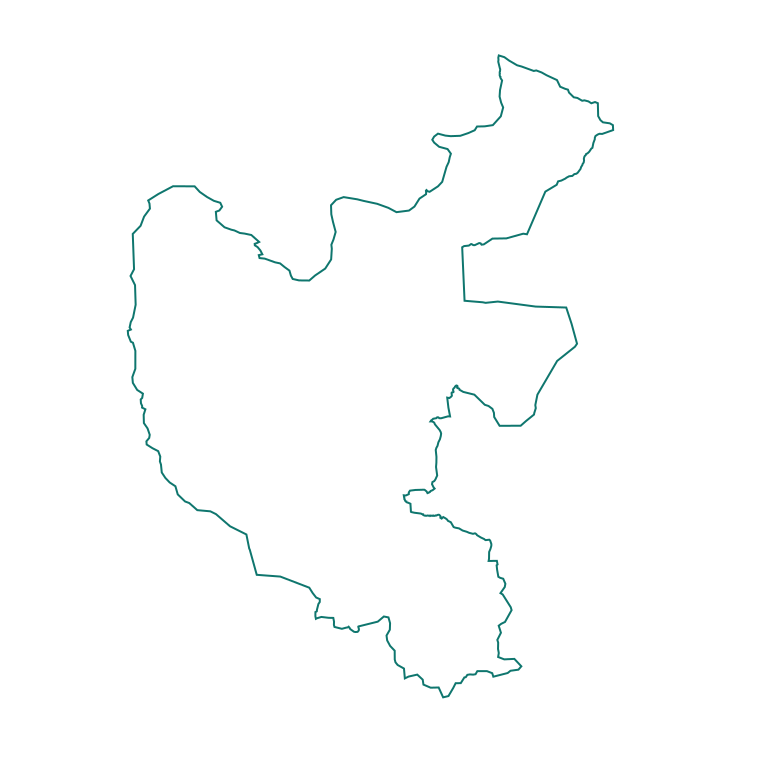 outline of Chikun, Kaduna, Nigeria, rotated 85°
{"feature_id": "59680162B24550873512487", "entity_name": "Chikun", "entity_type": "district", "adm_level": 2, "iso_a3": "NGA", "parent_name": "Nigeria", "parent_adm1": "Kaduna", "projection": "mercator", "projection_center": [7.25, 10.419], "detail": "fine", "context": "isolated", "style": "outline", "palette": "teal", "viewbox_px": 768, "rotation_deg": 85, "n_neighbors": 0, "source": "geoboundaries", "source_scale": "gbopen_adm2", "svg_char_len": 6140}
<svg xmlns="http://www.w3.org/2000/svg" viewBox="0 0 768 768"><g transform="rotate(85 384 384)"><path d="M563.0,527.4L566.8,504.1L580.4,476.2L586.0,473.3L590.8,470.2L592.7,466.7L595.6,467.0L597.4,468.5L603.1,470.5L604.5,470.7L604.7,470.9L605.2,472.2L609.3,472.6L612.0,472.3L611.5,471.1L610.6,466.7L612.1,459.5L612.6,454.9L616.4,454.5L619.6,454.9L621.7,454.5L624.2,447.3L623.4,442.8L623.3,441.3L622.7,440.4L624.0,439.5L625.2,439.0L628.2,435.5L628.6,434.0L628.6,431.9L627.4,430.7L626.6,430.4L625.6,430.4L623.6,430.8L623.3,430.6L620.2,410.9L615.6,404.4L616.9,399.9L622.8,398.8L629.3,399.6L634.8,403.4L639.7,403.2L645.5,400.7L650.6,396.6L659.4,397.3L662.3,396.8L665.1,394.9L669.2,388.9L679.1,388.9L677.6,385.0L676.4,376.2L681.9,371.2L686.9,370.9L690.6,364.0L691.1,356.0L701.3,352.4L700.5,347.0L692.8,341.5L688.3,338.7L688.7,333.6L683.3,329.5L683.2,328.1L681.0,326.3L680.8,323.7L681.3,320.5L681.1,318.1L678.2,316.1L679.0,306.5L681.5,301.4L685.1,300.6L682.7,286.0L680.7,283.0L680.3,275.0L677.2,271.8L669.2,278.1L668.8,288.2L665.9,294.1L662.0,293.1L657.9,293.5L651.6,292.8L648.8,293.4L642.0,289.2L634.8,290.8L633.1,288.1L631.6,284.2L620.4,276.6L617.4,277.2L604.0,284.1L602.5,286.2L596.8,281.4L593.6,280.5L588.4,282.2L587.2,285.2L586.0,286.9L579.0,287.5L574.4,287.6L573.7,286.6L570.0,287.0L569.4,295.2L567.2,294.6L560.5,293.9L557.7,292.4L554.6,291.2L552.8,291.0L549.2,291.9L548.3,292.7L548.4,296.3L547.8,297.2L547.2,297.7L545.4,300.8L542.7,304.5L541.9,304.9L541.0,305.8L540.7,306.4L541.0,308.4L539.7,312.1L538.4,314.5L536.8,318.5L534.4,321.8L533.3,325.6L532.6,327.1L527.5,329.5L525.9,332.2L524.5,333.0L523.2,334.4L521.7,336.6L523.1,338.3L522.2,339.5L521.5,339.4L521.2,339.1L520.4,339.4L519.2,340.3L519.0,340.9L519.1,342.2L519.6,343.1L519.4,343.9L519.8,344.9L519.5,345.8L519.6,346.0L519.3,346.5L519.6,346.9L519.3,347.8L519.4,348.4L519.2,348.8L519.5,349.5L519.1,349.7L519.1,351.2L518.8,351.8L519.0,353.7L518.7,354.2L518.7,354.9L518.0,356.3L517.6,356.6L517.2,356.5L516.9,357.6L516.3,358.5L514.9,364.9L513.9,368.1L513.6,368.3L505.6,368.1L504.3,370.4L504.1,371.2L503.5,372.0L503.0,372.0L503.0,372.4L502.2,373.1L500.9,373.4L500.7,373.7L499.4,373.6L499.3,373.8L496.6,374.0L497.0,372.1L495.9,368.9L494.1,368.7L492.5,367.4L492.3,361.9L492.8,353.2L493.1,352.6L494.8,350.9L496.5,350.2L496.1,348.7L495.6,348.2L495.6,347.7L494.7,346.9L494.0,344.8L492.6,342.7L491.3,343.6L488.0,344.9L485.9,344.3L485.1,342.4L483.7,341.2L479.8,339.0L471.2,339.4L467.1,338.7L461.2,338.1L454.2,338.2L452.2,337.4L450.3,336.1L446.8,334.9L443.9,333.1L440.9,332.0L438.4,331.4L436.8,331.7L434.7,332.6L428.6,336.8L427.2,337.2L426.3,337.9L425.4,339.6L425.3,340.9L424.3,340.1L424.0,339.4L422.9,338.0L422.6,334.8L421.8,333.9L422.0,332.7L422.9,331.9L423.1,330.1L421.8,323.0L422.1,321.0L413.1,321.9L403.1,322.2L403.7,320.1L402.4,318.1L401.6,317.4L398.9,317.5L398.4,317.2L398.2,315.6L397.6,315.4L395.9,315.8L394.7,315.3L393.6,313.9L392.8,313.5L392.0,312.6L391.8,311.9L392.2,311.1L393.0,311.0L393.8,311.5L394.5,311.2L394.8,310.0L395.4,309.4L396.3,309.3L398.8,305.7L402.5,294.9L413.5,285.4L415.0,281.8L418.2,278.2L422.3,277.0L426.5,277.1L435.7,272.5L437.5,251.5L433.3,245.8L427.5,237.2L426.2,236.9L421.3,234.9L418.2,235.1L408.0,232.1L376.1,209.5L363.5,190.5L360.7,188.2L340.4,191.9L323.7,195.8L320.1,226.1L311.8,263.4L312.0,275.7L311.2,278.5L308.1,296.5L254.6,294.2L253.6,292.2L253.5,287.4L252.2,285.1L252.3,284.5L253.4,283.0L253.6,281.5L251.9,276.9L252.3,275.5L253.7,274.7L253.6,272.4L248.6,263.3L249.6,249.4L246.4,232.2L247.3,228.5L206.4,206.5L200.6,194.6L197.3,192.9L196.8,189.6L195.1,185.3L194.4,184.3L193.2,181.5L193.1,178.2L191.5,176.1L191.3,174.0L190.4,172.6L186.9,169.5L185.0,168.7L183.3,167.4L182.2,167.0L180.8,165.8L178.6,165.2L177.1,165.3L175.3,164.7L174.2,164.0L173.7,163.2L172.5,162.6L172.0,161.2L170.5,159.3L167.6,157.0L166.9,155.8L162.1,154.4L158.6,152.7L157.0,152.5L155.4,151.7L154.1,149.4L153.5,147.5L153.9,144.9L151.0,133.6L146.1,133.4L144.0,136.3L142.4,143.1L140.0,145.4L135.8,147.3L122.9,146.5L121.5,149.2L122.4,153.0L120.3,155.7L118.9,159.6L119.1,161.9L115.9,166.4L114.9,170.0L109.8,174.3L106.8,175.1L105.7,177.9L103.2,182.6L96.3,185.2L90.6,195.1L87.4,199.8L84.9,205.0L85.2,207.5L79.7,219.3L78.1,223.6L72.8,231.1L68.9,235.6L66.7,241.0L68.9,241.7L71.0,241.7L72.9,242.1L80.0,241.0L80.5,240.8L82.7,241.2L83.1,241.5L84.5,241.7L84.9,241.5L86.3,241.9L87.7,241.6L88.2,241.2L88.6,241.4L89.7,241.1L91.9,239.9L101.3,242.8L107.8,243.8L113.9,242.8L118.9,241.2L127.5,244.3L135.6,253.0L136.1,261.2L135.6,268.9L139.1,271.5L141.4,278.2L143.4,286.4L142.9,296.1L141.9,301.2L139.3,308.4L141.9,312.5L144.9,314.6L147.9,313.0L152.5,308.4L155.5,300.2L160.4,297.3L163.7,298.7L168.6,300.2L173.1,302.8L187.7,308.4L191.8,313.0L196.5,321.8L195.8,323.7L194.5,324.8L195.1,325.4L196.7,325.3L198.6,325.6L202.4,332.5L209.9,338.2L213.4,344.0L213.9,356.6L208.9,364.3L203.9,375.1L199.8,388.4L197.7,394.5L194.3,407.9L196.3,415.6L201.3,421.2L210.4,421.7L218.0,420.7L228.3,418.9L235.6,421.7L240.7,424.3L244.7,424.2L255.3,425.8L263.9,432.5L269.9,443.2L274.4,449.4L273.4,459.6L271.4,465.8L267.9,467.3L262.8,468.3L258.8,472.9L254.8,477.0L253.3,481.9L248.7,491.9L247.7,497.0L244.7,497.5L244.2,493.9L240.2,495.5L236.6,498.0L234.6,500.6L233.1,500.6L232.6,498.6L231.6,496.0L224.0,503.2L222.0,509.8L221.0,514.4L218.0,519.6L217.0,522.6L214.0,529.2L206.4,536.5L197.8,536.5L196.8,532.9L193.3,529.8L189.2,531.3L186.7,537.5L182.2,544.1L176.6,550.8L170.6,555.4L168.6,576.9L175.1,592.3L180.6,602.9L183.8,601.9L188.9,601.9L196.3,608.4L205.2,612.7L212.6,621.2L247.9,623.0L254.3,627.1L263.8,623.4L283.4,624.5L296.0,628.2L300.3,630.9L305.5,632.5L307.7,631.4L308.7,634.6L312.9,634.6L319.8,632.5L321.0,630.5L329.3,628.8L347.2,630.4L355.2,634.1L361.0,634.1L368.4,630.4L372.6,625.0L376.8,626.1L378.2,627.7L382.0,627.8L384.9,626.8L386.4,627.1L388.4,623.9L393.7,626.1L402.0,626.6L407.7,623.4L414.2,621.8L417.3,622.6L420.4,625.7L423.6,625.7L427.8,620.2L431.2,614.8L436.8,613.2L441.6,614.0L444.8,613.2L452.8,613.1L458.5,610.0L463.4,606.1L467.7,600.7L476.0,599.1L483.7,592.4L485.6,588.4L493.4,581.0L495.7,568.1L499.0,562.7L512.3,549.8L521.9,534.2L536.3,532.6L537.1,532.2L563.0,527.4Z" fill="none" stroke="#0f766e" stroke-width="2"/></g></svg>